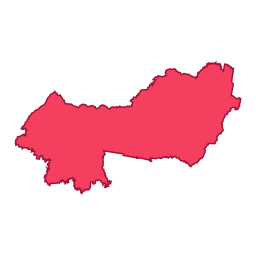 outline of Upper Hunter, New South Wales, Australia
{"feature_id": "25037944B30189264259012", "entity_name": "Upper Hunter", "entity_type": "district", "adm_level": 2, "iso_a3": "AUS", "parent_name": "Australia", "parent_adm1": "New South Wales", "projection": "natural_earth1", "projection_center": [150.757, -31.981], "detail": "fine", "context": "isolated", "style": "filled", "palette": "rose", "viewbox_px": 256, "rotation_deg": 0, "n_neighbors": 0, "source": "geoboundaries", "source_scale": "gbopen_adm2", "svg_char_len": 5787}
<svg xmlns="http://www.w3.org/2000/svg" viewBox="0 0 256 256"><path d="M217.2,139.8L216.7,137.1L217.4,135.9L219.4,133.9L221.1,133.5L221.1,132.6L223.2,130.3L222.1,126.8L222.4,125.0L221.5,123.5L222.6,122.3L223.3,119.1L224.9,116.7L225.0,115.1L227.0,114.4L227.7,113.6L227.3,112.9L227.8,112.2L230.5,110.7L230.8,110.3L230.4,108.9L232.3,107.6L233.4,107.2L234.9,108.0L235.4,107.5L236.0,107.9L236.0,108.8L235.2,109.4L235.9,109.8L238.5,108.7L238.5,107.4L239.5,106.0L239.5,103.3L240.1,102.7L240.6,98.7L239.4,98.0L239.2,98.5L238.2,98.1L237.4,98.8L235.6,98.3L232.8,95.7L231.1,95.6L233.3,84.1L231.8,82.4L231.6,81.3L233.4,69.1L232.7,68.8L233.0,68.4L232.1,68.5L231.5,67.6L230.5,67.8L230.6,66.7L228.8,65.9L228.6,65.3L227.9,65.7L227.1,64.5L224.8,64.1L223.3,71.2L221.4,68.8L220.7,68.9L221.1,67.6L220.8,67.3L221.2,66.8L220.6,66.6L220.9,66.0L220.3,65.8L220.5,64.6L220.0,63.9L219.5,65.0L218.8,64.6L219.0,64.1L218.1,64.2L217.9,63.7L217.2,64.4L216.5,63.2L216.6,64.0L215.1,63.6L215.5,62.6L213.5,63.9L213.0,63.1L210.7,63.4L210.3,64.2L209.3,62.9L208.4,63.4L208.7,63.9L208.4,64.2L207.3,63.7L207.4,64.7L206.8,64.9L207.1,66.0L206.3,66.0L206.1,66.7L204.8,66.6L204.5,67.9L203.1,67.5L203.0,68.7L202.0,69.8L201.5,69.7L199.3,72.4L198.4,72.3L198.3,73.2L197.9,73.1L197.3,76.9L196.2,76.7L195.8,79.1L195.5,77.7L190.8,75.8L188.3,74.1L187.1,74.6L185.5,73.7L183.8,73.7L181.0,74.6L180.2,72.6L177.9,72.2L177.6,71.4L175.9,70.9L175.9,69.9L174.8,68.9L171.7,69.5L170.2,68.9L166.2,70.2L165.3,72.8L166.3,75.0L165.9,75.5L162.9,76.8L157.9,75.8L157.6,77.3L155.6,77.0L153.1,79.6L155.2,80.0L154.7,80.2L154.4,82.1L153.3,82.1L153.8,83.6L152.5,84.5L152.2,83.3L151.3,83.3L152.1,85.3L150.8,84.5L149.6,84.9L149.2,87.3L147.9,87.5L147.5,89.6L141.6,90.0L140.8,91.4L140.4,91.1L140.4,92.2L138.5,93.7L138.9,93.8L138.7,95.0L137.7,94.8L137.2,95.8L136.6,95.7L136.3,97.6L133.7,97.1L133.3,98.7L131.2,99.7L130.5,101.0L132.6,102.4L132.6,103.4L131.7,104.5L131.8,106.2L129.6,106.1L129.1,106.7L127.5,106.2L125.2,107.1L120.7,107.1L119.8,106.1L117.8,107.6L116.8,106.6L115.6,107.4L112.3,107.0L110.6,107.8L109.7,109.2L107.3,107.9L107.0,107.0L104.8,106.1L104.6,105.5L102.1,105.0L100.3,105.9L98.5,108.1L96.7,108.6L95.4,107.9L95.2,106.8L93.4,106.4L92.7,105.5L87.3,106.8L86.1,105.1L83.1,104.2L80.3,105.4L79.6,106.0L79.7,106.8L78.0,107.7L77.0,106.8L73.2,105.8L71.6,104.2L66.3,103.9L64.5,102.4L64.0,100.9L64.3,100.5L62.9,99.5L60.3,95.1L58.2,95.4L57.0,94.6L56.9,93.2L55.8,93.1L55.1,92.0L55.1,92.4L53.8,92.5L50.2,94.8L49.9,96.1L47.5,98.2L45.8,102.5L44.3,104.6L40.5,106.8L38.5,109.1L34.9,110.8L34.0,112.3L31.5,113.3L31.3,114.6L29.1,116.3L28.5,117.6L28.6,118.5L27.4,119.6L26.8,121.4L25.4,122.4L24.6,125.0L22.4,126.7L21.3,128.9L23.6,129.3L23.7,128.2L25.8,128.5L25.6,130.2L26.7,130.4L25.5,132.9L25.7,135.6L25.0,135.5L25.1,134.5L23.9,134.3L23.7,135.5L22.6,134.8L19.3,136.7L17.4,136.9L17.1,139.3L15.9,139.8L15.4,143.0L16.1,143.1L15.8,145.1L18.0,144.7L19.0,145.6L18.8,146.7L22.2,147.1L22.1,148.8L22.5,148.8L22.6,147.6L27.9,148.1L28.1,147.0L28.1,149.2L31.7,149.7L31.8,148.9L33.0,149.1L32.7,150.9L31.7,150.8L31.5,151.9L33.2,151.3L34.9,151.5L33.8,154.9L37.0,155.4L36.5,158.7L39.3,159.1L39.6,157.0L40.1,157.1L40.3,155.9L41.5,156.1L41.6,155.6L42.6,155.8L42.4,157.9L43.4,158.2L43.2,159.4L44.3,159.0L45.2,159.8L44.8,160.7L45.8,160.8L44.9,162.4L46.0,161.7L46.0,159.8L46.6,159.8L47.1,160.5L48.1,159.7L48.9,160.4L49.3,159.0L50.2,159.7L50.4,160.3L49.6,161.0L49.3,162.7L48.8,162.6L48.6,163.7L47.9,163.6L47.4,164.8L47.6,165.4L49.0,165.6L48.3,167.5L49.3,168.5L48.7,169.3L47.0,168.2L48.1,170.4L46.7,170.9L47.2,172.9L46.8,174.4L45.6,175.0L45.9,176.0L45.0,175.5L44.2,177.4L45.5,179.1L44.9,180.5L45.1,181.8L46.4,181.1L48.2,184.6L50.0,185.4L49.8,183.5L57.3,183.1L58.1,182.4L59.3,183.1L60.9,180.9L61.4,180.8L61.5,181.8L61.9,181.7L62.1,179.8L63.7,180.8L63.9,181.9L64.9,181.9L65.1,184.4L66.1,181.8L67.2,181.9L67.4,182.8L68.6,182.5L68.3,181.2L67.2,180.7L67.5,179.7L68.5,180.3L69.1,179.0L70.4,179.0L71.0,178.0L72.1,178.8L73.3,177.2L73.0,178.3L74.2,179.3L72.9,180.6L73.9,181.0L74.9,179.9L75.3,180.4L73.9,182.7L74.5,185.1L73.8,185.6L74.9,187.7L74.8,188.5L76.0,189.2L77.0,188.2L77.4,189.0L76.6,189.6L77.3,190.1L78.4,189.7L79.7,188.1L80.1,189.9L81.3,190.2L80.7,191.1L80.8,192.5L81.8,193.4L82.5,192.1L84.0,191.2L84.2,189.8L85.5,189.6L86.0,190.2L86.6,189.3L88.0,189.9L88.0,189.3L89.7,189.0L89.5,188.3L90.4,186.8L90.5,182.8L90.9,181.8L92.3,181.8L93.1,182.6L92.8,183.6L93.9,184.0L95.5,183.0L95.1,181.0L96.2,180.2L97.4,180.7L98.0,180.1L100.1,180.1L101.1,181.8L102.3,182.5L103.0,184.8L103.5,183.2L105.4,183.5L104.8,187.2L105.7,187.4L106.6,187.4L106.2,187.2L106.4,186.4L107.6,186.3L106.5,185.7L107.2,185.5L107.1,184.7L108.4,184.9L108.3,183.9L108.8,184.0L108.9,183.4L110.5,183.7L111.1,181.4L109.9,181.6L109.4,180.8L107.6,181.6L107.3,178.9L105.8,176.9L105.8,176.1L105.1,175.7L105.5,175.3L105.2,173.1L104.4,172.8L104.4,171.9L103.6,171.0L103.9,169.6L102.9,169.4L102.2,167.6L102.1,166.9L103.1,165.6L103.0,163.3L103.3,162.4L102.8,159.3L103.4,157.7L102.7,157.0L103.4,156.6L103.3,155.7L105.1,154.6L103.7,150.8L123.5,153.9L123.8,154.9L123.4,155.4L136.7,157.8L136.6,157.0L137.2,157.0L136.9,158.2L139.9,157.9L149.0,159.9L150.7,161.5L151.4,161.1L149.8,159.8L151.2,159.9L150.4,157.9L155.8,158.7L158.8,157.6L160.3,158.4L162.0,158.2L162.3,157.3L163.3,156.9L166.4,157.4L166.7,156.8L168.3,158.0L170.3,156.3L171.9,158.0L172.1,156.9L173.5,157.2L174.6,156.2L176.4,157.1L176.3,157.7L178.9,158.2L179.0,159.1L180.2,159.8L180.6,160.7L183.9,161.0L183.8,161.7L184.7,161.9L184.8,161.2L185.6,161.4L185.5,162.0L186.3,162.2L186.2,163.2L188.0,163.3L190.0,166.3L190.9,166.6L192.4,164.6L194.2,164.1L194.6,163.3L195.9,162.7L197.1,162.9L200.1,158.9L201.9,158.2L203.1,156.8L205.0,152.0L205.3,150.2L204.3,148.7L206.2,146.9L206.8,145.3L208.1,145.0L208.2,143.5L215.0,143.6L215.6,141.6L217.2,139.8Z" fill="#f43f5e" stroke="#9f1239" stroke-width="1.5"/></svg>